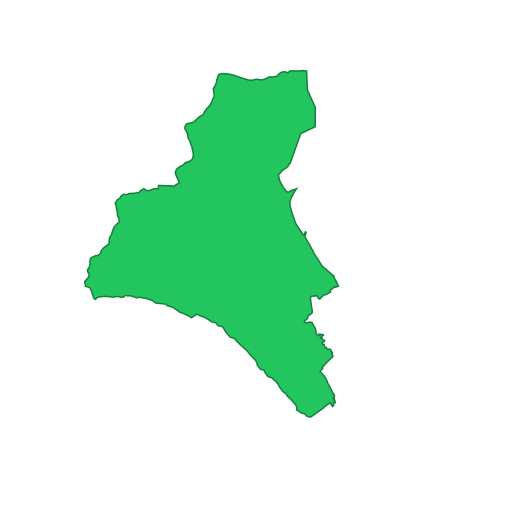 Valea Teilor, Tulcea, Romania (Albers equal-area conic projection), rotated 322°
{"feature_id": "2599482B35189846283613", "entity_name": "Valea Teilor", "entity_type": "district", "adm_level": 2, "iso_a3": "ROU", "parent_name": "Romania", "parent_adm1": "Tulcea", "projection": "albers", "projection_center": [28.478, 45.113], "detail": "fine", "context": "isolated", "style": "filled", "palette": "green", "viewbox_px": 512, "rotation_deg": 322, "n_neighbors": 0, "source": "geoboundaries", "source_scale": "gbopen_adm2", "svg_char_len": 6136}
<svg xmlns="http://www.w3.org/2000/svg" viewBox="0 0 512 512"><g transform="rotate(322 256 256)"><path d="M122.1,157.6L120.3,160.1L118.6,161.5L116.9,162.5L115.1,163.0L114.5,163.5L113.9,164.2L113.5,166.0L112.8,168.3L112.1,169.0L110.3,169.7L105.7,170.6L104.6,171.4L103.8,173.8L102.9,174.8L104.6,177.1L105.5,179.0L104.6,183.0L104.1,184.3L103.5,185.5L103.3,186.5L102.7,187.7L102.2,190.1L102.4,190.6L102.6,191.1L103.0,191.4L104.4,190.9L104.9,190.9L107.1,191.6L109.7,193.3L110.5,193.6L115.2,197.5L116.7,199.2L118.4,200.7L120.9,201.9L122.2,202.9L123.1,203.7L123.7,204.8L124.5,205.7L125.4,206.5L126.3,206.8L128.3,206.7L129.9,207.6L130.3,208.3L133.1,210.4L133.6,211.7L134.5,212.6L135.0,213.3L135.8,215.1L136.4,215.7L138.6,216.6L139.3,217.2L140.3,218.6L142.6,220.8L146.4,226.3L147.2,228.0L147.6,230.1L148.1,231.4L154.9,238.0L155.7,240.7L156.1,241.5L157.4,243.0L159.2,246.0L159.8,248.4L160.6,250.6L161.4,253.7L163.6,256.8L164.5,258.9L165.8,261.4L166.4,262.9L166.6,263.8L167.3,265.1L168.8,265.0L172.6,265.4L173.6,265.3L175.3,269.1L177.8,272.8L179.5,277.2L180.1,279.4L180.7,280.9L181.6,281.8L183.2,284.1L183.3,285.1L183.1,286.6L183.5,288.1L185.1,289.6L186.1,291.5L185.3,298.5L185.5,299.2L185.6,300.9L185.6,303.9L186.2,304.9L187.2,305.9L188.4,308.6L188.3,309.7L188.8,314.8L189.4,318.5L190.4,323.9L190.6,326.9L190.5,328.8L191.1,335.0L191.2,336.7L191.4,337.4L190.9,341.2L190.0,342.2L189.7,343.2L189.8,345.5L189.7,347.6L189.9,348.3L190.9,349.4L191.9,351.1L191.7,352.5L191.2,354.1L191.4,354.8L191.2,356.7L191.2,358.2L191.7,359.5L193.1,361.0L193.8,363.3L193.8,365.2L194.5,366.8L194.4,368.8L194.5,371.2L193.9,373.2L193.7,377.4L194.0,380.7L194.2,381.3L194.7,382.1L194.8,382.5L194.5,384.4L194.6,386.7L195.1,389.1L195.5,393.7L195.4,395.9L195.6,397.2L195.6,398.0L195.4,399.1L195.3,400.0L193.3,402.2L193.3,402.5L194.0,404.2L194.9,407.3L195.4,408.2L196.8,409.7L197.1,410.3L197.5,413.6L198.4,415.0L199.4,416.0L199.9,416.6L215.3,417.3L216.7,417.0L223.8,417.2L224.1,417.3L223.6,421.6L225.2,421.7L225.3,421.2L226.3,419.8L226.8,419.8L227.2,419.3L228.0,420.4L228.6,419.4L229.1,418.7L229.6,416.9L228.8,416.7L229.3,415.3L230.0,415.6L231.1,415.4L231.2,414.5L232.1,414.0L232.3,412.8L232.4,410.1L233.0,408.0L233.6,404.9L233.7,403.3L234.4,399.9L235.5,396.6L235.6,395.1L235.9,392.9L235.5,387.6L235.3,386.4L239.5,385.6L239.8,384.4L242.9,384.1L245.5,383.5L253.0,382.7L253.8,382.9L254.9,382.3L255.4,381.1L255.5,380.3L255.6,379.9L256.8,379.1L256.5,378.5L256.7,378.2L256.5,377.6L256.6,377.2L257.0,376.8L257.0,376.5L257.2,375.9L257.0,375.2L256.5,374.5L255.5,374.0L255.4,373.8L255.0,373.6L254.7,373.0L255.0,372.5L254.8,371.0L254.4,370.3L254.5,369.7L254.5,368.9L254.6,368.4L255.3,367.6L254.6,367.0L254.3,366.5L254.3,366.2L255.0,364.9L257.4,365.3L257.9,365.3L258.0,365.2L257.9,364.2L257.1,363.4L257.2,362.9L257.0,362.5L257.1,362.1L257.1,361.3L256.6,360.8L256.5,360.5L256.5,360.2L257.5,360.1L258.2,360.5L258.4,359.6L258.6,359.5L260.4,359.9L260.5,359.4L257.8,356.5L257.8,357.2L257.6,357.4L256.5,357.4L256.1,357.1L255.7,356.3L255.5,355.1L255.6,354.3L255.8,353.6L257.3,351.6L257.8,350.6L258.3,349.0L258.5,347.8L258.5,346.0L259.3,342.8L259.1,342.5L257.3,341.0L255.3,340.0L254.0,339.1L253.8,338.7L253.7,338.3L254.0,337.0L256.1,337.1L257.9,336.9L260.8,335.1L261.2,335.0L262.4,335.5L262.8,335.6L265.6,335.2L267.3,332.5L271.2,325.6L273.3,322.3L273.6,322.1L275.1,321.9L277.0,323.4L279.4,324.4L279.5,324.6L279.1,327.5L279.6,329.1L279.9,329.2L282.8,328.7L284.8,328.6L285.9,328.4L286.8,329.4L287.3,329.5L292.3,330.2L292.7,330.1L293.6,328.8L299.0,328.7L299.4,329.5L299.9,329.5L300.4,329.9L302.4,330.6L303.8,324.1L303.9,323.2L304.4,319.8L305.0,319.7L301.9,304.6L301.9,303.5L302.1,302.7L302.8,296.3L303.0,293.0L303.7,287.9L304.2,286.0L304.2,285.1L305.5,277.5L305.4,276.1L305.8,275.0L305.9,274.0L306.3,271.4L306.6,270.7L307.0,270.3L309.5,268.7L309.9,268.3L310.0,267.7L309.9,267.4L309.6,267.4L307.6,268.6L306.9,268.7L306.4,268.6L306.3,268.3L307.2,255.6L307.9,253.1L310.6,245.1L312.8,239.5L313.6,237.9L315.3,235.1L316.2,234.2L319.6,231.8L325.9,229.1L329.2,228.0L328.4,227.8L325.6,226.5L324.1,226.3L320.7,225.6L320.3,225.2L320.0,224.4L319.7,222.9L319.8,221.0L319.7,219.3L321.0,211.5L321.4,210.3L323.3,206.5L324.0,205.6L324.6,205.8L325.4,205.8L327.2,205.2L331.5,204.7L332.8,205.1L334.0,205.2L337.4,204.8L339.2,203.6L339.4,203.5L340.0,204.0L366.6,187.1L382.2,190.6L394.3,175.3L398.7,156.8L409.8,141.3L407.8,139.5L407.7,139.1L406.1,138.2L402.2,135.4L397.9,131.9L396.4,131.0L396.0,131.3L395.2,131.1L393.8,131.4L393.6,131.1L393.6,130.7L392.4,128.7L389.4,126.9L389.3,127.1L388.1,126.7L385.0,126.7L383.0,127.4L382.2,126.6L380.1,125.6L376.5,123.0L374.5,122.6L372.3,122.3L368.7,120.6L364.8,116.7L361.9,115.6L359.8,114.0L358.5,112.8L354.7,107.5L349.6,99.6L346.3,95.6L342.0,91.7L339.4,90.4L338.8,90.3L337.8,90.3L333.5,93.1L331.2,95.2L328.8,96.6L325.7,97.7L325.4,97.9L321.6,104.2L321.2,104.5L320.0,105.3L319.3,105.4L318.0,106.1L315.1,107.9L312.9,108.7L306.9,109.8L303.7,110.9L301.6,112.0L300.7,112.1L297.7,111.4L289.7,112.0L288.3,111.9L283.2,109.3L281.2,109.5L279.7,110.3L278.6,111.5L278.2,112.2L278.1,112.9L277.9,115.2L277.2,117.6L275.0,121.5L274.9,123.3L274.4,125.4L273.3,127.9L272.9,130.2L271.2,133.3L270.5,135.1L269.5,136.9L268.6,138.0L266.5,139.9L265.2,140.6L264.5,140.6L262.0,140.5L257.9,138.9L254.9,139.5L251.8,138.8L247.6,138.6L245.1,139.5L243.9,140.5L242.8,142.8L240.9,150.5L240.8,150.8L240.5,151.0L233.9,150.4L232.9,149.0L231.8,147.9L228.7,145.5L222.7,140.4L220.4,142.6L220.0,142.7L217.3,140.3L211.6,138.5L210.3,137.0L209.2,135.3L209.2,133.8L207.6,133.8L205.4,133.3L203.4,133.9L202.0,133.5L198.8,131.7L194.6,128.7L192.8,128.4L191.6,127.8L190.4,126.5L189.9,126.1L187.9,125.7L186.7,125.7L185.8,125.8L184.2,126.7L181.2,126.3L178.3,127.6L177.7,127.5L176.8,130.1L176.0,131.3L175.7,132.3L174.4,134.2L174.1,135.8L172.1,138.2L171.5,139.4L171.4,139.7L171.6,140.4L171.2,141.8L170.7,142.7L169.3,145.0L165.8,145.2L165.0,145.4L163.5,145.5L161.6,146.0L157.2,148.7L155.9,149.8L152.0,151.3L147.3,156.1L145.0,155.8L140.3,155.8L136.6,156.8L135.4,158.2L132.5,158.4L130.7,157.7L129.5,156.9L128.3,156.7L127.4,156.2L125.9,156.3L124.9,156.0L123.8,156.3L122.1,157.6Z" fill="#22c55e" stroke="#15803d" stroke-width="1.5"/></g></svg>